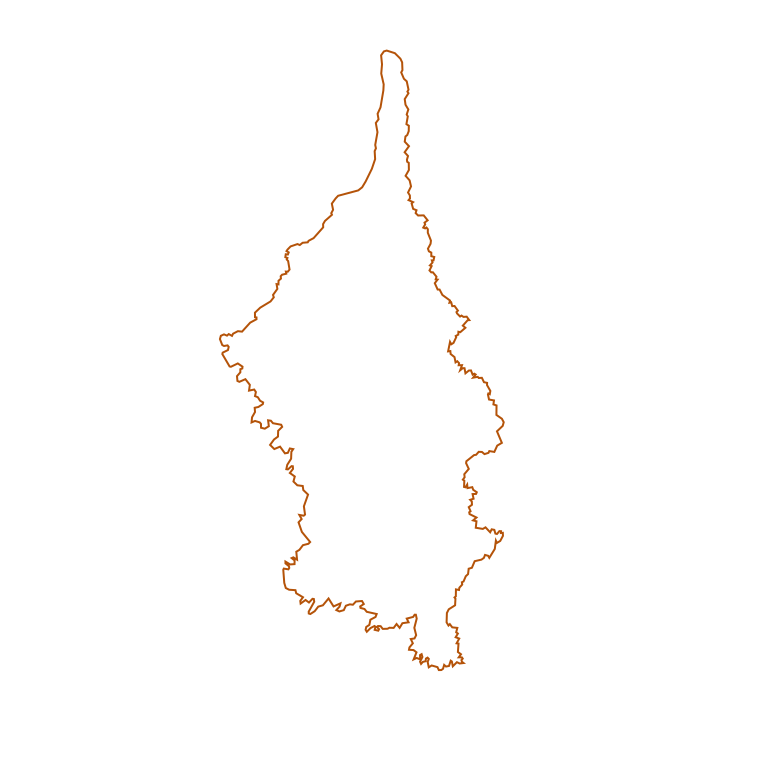 the district of Phuthiatsana, Berea, Lesotho, rotated 236°
{"feature_id": "5366337B52577174059761", "entity_name": "Phuthiatsana", "entity_type": "district", "adm_level": 2, "iso_a3": "LSO", "parent_name": "Lesotho", "parent_adm1": "Berea", "projection": "albers", "projection_center": [27.866, -29.128], "detail": "fine", "context": "isolated", "style": "outline", "palette": "amber", "viewbox_px": 768, "rotation_deg": 236, "n_neighbors": 0, "source": "geoboundaries", "source_scale": "gbopen_adm2", "svg_char_len": 6154}
<svg xmlns="http://www.w3.org/2000/svg" viewBox="0 0 768 768"><g transform="rotate(236 384 384)"><path d="M659.8,569.9L658.1,565.4L650.1,561.1L642.9,555.3L632.6,551.3L627.7,547.6L615.3,535.8L611.6,529.8L606.5,527.5L605.0,523.2L596.4,519.4L587.1,510.4L583.9,509.1L582.3,506.5L575.4,502.4L569.2,494.3L562.2,482.1L559.3,475.9L558.9,470.9L565.7,451.2L564.9,447.7L562.7,441.6L556.9,439.2L555.1,435.8L553.4,435.5L552.2,426.2L550.6,422.9L547.9,421.2L544.3,407.2L544.9,401.6L544.1,400.0L546.6,395.5L546.3,391.9L548.4,390.5L550.3,383.5L549.4,379.2L548.7,377.5L546.4,378.6L545.1,376.7L546.5,375.1L544.3,373.1L542.5,374.4L541.6,373.0L539.6,373.3L531.7,369.7L530.9,367.0L532.1,365.5L530.1,364.7L531.6,360.6L531.1,358.6L529.0,357.5L528.6,354.3L525.6,352.2L526.9,350.8L522.5,348.8L519.9,341.8L517.5,341.1L515.9,336.1L516.5,324.1L515.3,316.9L511.5,314.4L510.5,315.5L509.0,314.5L509.7,307.4L506.8,295.6L509.5,292.4L510.1,287.0L508.9,284.9L512.2,283.2L511.9,280.9L514.6,279.1L515.2,275.7L513.0,273.1L506.8,271.7L505.0,272.6L503.5,275.9L501.6,276.0L499.4,273.6L500.2,267.8L499.2,266.7L484.9,265.8L483.9,266.7L482.8,274.3L477.5,276.4L476.1,275.2L476.6,273.2L474.0,271.4L472.7,266.5L468.5,264.2L466.7,265.3L465.5,271.8L458.3,272.3L454.0,268.4L452.0,273.3L449.0,273.3L446.1,270.3L443.6,272.0L439.4,271.9L436.3,273.5L435.1,272.3L435.2,267.0L436.6,263.5L432.9,261.4L430.2,256.0L426.2,252.7L425.5,256.4L421.7,259.5L419.7,259.7L416.5,257.6L413.6,260.2L413.4,264.9L418.7,267.6L416.8,269.7L413.6,270.0L407.7,276.0L405.4,275.6L404.4,270.1L399.7,266.7L399.5,261.8L397.2,255.5L391.4,256.7L390.2,262.8L381.9,263.1L380.7,265.8L383.2,269.9L380.8,272.3L379.6,269.3L374.0,265.2L371.1,258.6L368.0,255.4L366.9,256.6L367.6,261.4L366.8,262.4L364.5,261.1L362.9,256.2L357.2,258.3L353.8,254.4L348.5,255.5L344.9,259.6L341.2,257.8L334.8,259.2L327.4,249.2L319.9,245.5L319.7,243.8L322.8,240.6L318.1,240.2L317.1,235.8L307.3,233.2L294.3,234.4L293.8,232.0L295.7,226.7L293.8,221.1L294.0,217.5L287.0,213.7L291.0,211.9L291.3,210.1L287.7,211.2L284.7,209.1L286.9,205.3L291.9,203.0L290.4,202.0L286.1,203.3L284.5,202.6L283.8,201.1L287.0,197.7L286.3,196.6L274.9,190.1L269.8,188.5L266.5,190.3L262.6,195.3L259.6,194.2L252.5,197.6L251.0,193.3L248.6,192.1L248.8,198.2L244.8,199.6L245.9,204.6L245.0,205.6L242.5,204.4L237.4,194.3L235.8,193.3L234.5,194.3L234.4,199.5L236.2,205.0L234.7,209.6L237.2,218.1L227.8,217.8L226.5,225.2L224.3,222.7L223.2,218.1L220.4,219.8L219.0,224.2L221.5,228.4L220.4,232.5L218.4,234.8L219.4,239.1L216.4,244.4L212.9,244.2L212.9,239.9L211.5,239.3L208.4,242.0L204.8,242.3L197.4,249.3L195.6,246.7L196.2,240.9L192.5,237.2L192.5,233.4L190.5,231.3L188.2,231.2L189.2,236.4L188.7,240.8L187.5,241.2L185.4,238.8L182.7,241.3L183.5,242.8L186.6,242.2L186.7,243.7L185.1,245.8L181.7,246.0L179.1,250.1L178.9,252.2L176.4,255.6L178.0,260.2L173.1,260.6L175.4,265.5L172.7,271.1L176.8,271.7L174.6,277.9L175.6,280.4L174.9,281.4L171.2,279.9L164.9,272.8L157.8,270.2L156.0,267.0L157.6,263.6L152.9,262.9L151.4,257.8L149.7,256.1L146.9,259.7L143.4,260.9L139.1,254.6L138.6,257.9L135.5,260.0L139.1,262.3L139.0,264.1L136.2,263.2L133.6,258.6L131.2,258.2L131.9,260.8L130.9,263.5L132.9,265.2L132.8,267.1L131.0,267.4L129.2,264.8L124.1,262.7L124.0,266.1L119.4,270.0L116.2,269.5L114.8,271.6L114.9,273.7L117.5,276.8L115.1,277.4L113.9,280.2L117.3,284.6L116.0,285.1L111.5,283.2L112.6,288.9L110.0,290.4L108.2,293.9L110.1,293.3L111.8,293.8L112.3,295.7L113.8,295.7L115.6,293.1L116.9,296.7L120.5,295.4L127.1,300.6L128.4,299.2L130.9,304.0L134.0,301.8L135.8,305.7L137.8,305.0L140.8,308.4L144.1,304.5L148.1,304.3L147.7,302.4L151.4,302.6L159.0,308.1L161.0,311.7L160.8,319.2L166.1,323.2L167.6,323.1L167.8,324.8L173.5,328.8L171.3,331.0L173.0,332.6L174.0,336.7L176.1,337.7L175.8,339.5L178.9,344.3L179.4,347.4L183.5,350.9L182.5,354.1L186.4,360.1L183.9,366.6L184.0,369.6L185.8,372.2L183.3,374.3L181.0,374.1L185.3,383.6L191.6,389.2L189.1,388.8L188.9,392.6L191.6,397.7L194.2,399.3L195.1,397.6L196.5,398.7L197.5,397.4L196.5,393.8L197.7,392.7L201.4,393.9L203.3,392.0L201.7,389.1L208.4,388.0L208.6,384.9L213.5,379.7L218.5,383.9L221.1,381.6L221.6,386.0L228.3,382.2L230.0,382.9L230.1,384.6L234.5,385.4L234.7,389.4L237.5,391.1L239.8,390.7L238.8,394.1L243.2,395.9L241.4,398.9L242.4,400.4L246.4,398.8L249.1,399.5L251.0,395.0L254.1,396.7L252.8,393.8L253.9,392.8L258.9,396.5L260.6,395.9L261.6,398.7L264.3,400.1L266.2,406.8L272.5,407.8L273.9,409.1L274.7,418.9L273.8,420.8L274.8,424.6L272.9,427.2L269.7,428.1L268.5,432.1L269.5,433.8L266.0,437.5L269.6,443.4L269.3,448.8L281.6,451.2L282.9,459.0L285.4,461.9L289.3,462.3L295.5,459.9L303.3,465.3L305.9,463.3L308.9,466.0L312.4,462.4L317.2,464.3L317.8,465.2L316.4,466.0L318.8,468.3L325.5,468.8L327.3,470.1L329.6,467.9L334.4,468.6L336.0,465.9L337.5,465.7L339.4,461.5L340.6,465.3L342.1,464.6L342.2,462.7L346.6,463.7L347.7,461.9L347.3,457.5L352.1,459.6L353.1,458.1L352.8,454.9L356.0,459.2L357.8,456.4L359.3,457.9L361.9,457.5L361.9,455.4L366.9,457.5L371.6,456.0L374.2,457.4L375.2,455.4L382.0,462.3L379.3,462.0L379.2,464.6L382.4,470.0L383.7,470.3L383.4,473.2L385.7,474.9L384.3,476.2L385.1,482.9L388.3,482.0L390.1,489.0L389.3,490.4L393.6,490.2L395.2,487.4L397.4,486.5L397.4,484.8L401.7,484.0L403.1,484.3L403.5,486.3L409.2,486.1L410.4,484.1L414.2,485.4L414.8,483.7L416.3,485.4L425.2,482.2L431.2,482.9L432.3,481.3L439.2,482.5L440.6,486.8L441.9,485.4L443.6,487.5L449.3,487.0L450.1,485.6L452.7,485.2L455.1,489.4L456.6,488.4L457.6,492.2L459.7,492.8L458.8,494.2L461.2,496.7L463.5,494.7L466.5,496.7L468.9,495.4L471.6,496.1L474.2,501.0L476.6,503.1L484.9,504.9L487.8,506.9L490.0,506.7L490.0,505.1L491.7,504.0L493.3,507.4L495.1,507.8L495.3,511.7L501.6,511.2L504.6,506.5L508.0,505.8L509.9,508.1L512.9,506.1L518.3,507.9L518.5,509.8L522.7,507.2L523.3,509.3L525.9,510.9L529.3,511.0L532.7,516.9L538.5,519.1L544.5,518.3L547.5,524.3L553.5,528.2L555.3,527.5L557.1,528.4L559.6,531.4L564.6,530.7L567.2,537.7L573.3,536.7L577.2,540.2L577.4,542.5L579.8,545.9L584.2,549.0L586.9,547.9L592.6,553.4L594.7,553.5L598.0,557.7L603.5,558.0L608.6,560.5L611.4,566.9L613.3,566.9L614.3,568.9L622.2,572.1L625.9,571.2L632.7,572.5L633.9,574.8L640.5,578.9L644.5,579.5L652.2,578.0L658.9,572.7L659.8,569.9Z" fill="none" stroke="#b45309" stroke-width="2"/></g></svg>